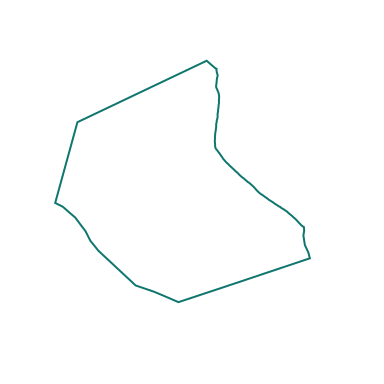 Trois Piton, Castries, Saint Lucia (Albers equal-area conic projection), rotated 133°
{"feature_id": "8701671B60571960824161", "entity_name": "Trois Piton", "entity_type": "district", "adm_level": 2, "iso_a3": "LCA", "parent_name": "Saint Lucia", "parent_adm1": "Castries", "projection": "albers", "projection_center": [-60.974, 13.989], "detail": "fine", "context": "isolated", "style": "outline", "palette": "teal", "viewbox_px": 384, "rotation_deg": 133, "n_neighbors": 0, "source": "geoboundaries", "source_scale": "gbopen_adm2", "svg_char_len": 2439}
<svg xmlns="http://www.w3.org/2000/svg" viewBox="0 0 384 384"><g transform="rotate(133 192 192)"><path d="M160.1,60.6L156.9,65.6L154.7,71.1L153.8,73.3L150.5,77.5L147.7,81.0L145.4,82.5L144.0,83.4L142.0,85.5L141.3,86.3L141.7,87.8L141.7,88.4L141.8,88.9L141.6,91.4L141.6,92.8L141.5,93.9L141.4,94.5L141.3,96.0L141.2,98.0L141.2,98.9L141.3,99.7L141.3,100.8L141.3,101.3L141.3,102.5L141.4,104.7L141.5,105.9L141.6,107.5L141.5,108.9L141.8,110.9L141.9,111.4L142.0,112.5L142.1,113.0L142.3,113.7L142.7,115.5L142.8,117.4L143.2,118.5L143.3,119.0L143.4,119.5L143.5,120.4L143.8,122.0L144.1,123.7L144.2,124.3L144.3,125.6L144.5,126.6L144.9,128.6L145.1,129.7L145.3,130.5L145.3,131.1L145.4,132.4L145.5,133.5L145.6,133.9L145.6,134.3L145.8,135.1L146.0,137.3L146.2,138.7L146.5,140.0L146.6,140.3L146.6,141.3L146.7,142.0L146.7,142.7L146.7,143.9L146.7,144.5L146.7,145.0L146.6,146.2L146.4,147.7L146.2,150.2L146.2,151.6L146.2,153.3L146.3,156.5L146.6,157.9L146.7,158.3L146.6,159.7L146.8,161.4L146.7,163.3L147.0,165.0L147.1,166.4L147.1,167.3L147.1,169.0L147.1,170.0L146.9,171.3L147.0,173.6L147.1,174.4L147.0,176.7L147.0,177.6L147.0,178.0L147.0,179.6L147.0,180.5L147.0,181.7L147.0,183.3L146.8,184.4L147.0,186.1L146.9,187.6L146.7,189.7L146.6,190.4L146.5,191.8L146.2,192.9L146.0,193.7L145.8,194.4L145.4,196.7L145.0,198.1L144.8,199.9L144.5,200.9L144.3,202.6L144.2,203.4L143.9,204.6L143.1,205.9L142.1,206.9L140.4,208.7L139.8,209.5L138.3,210.8L138.0,211.0L137.2,211.7L136.7,212.2L135.8,213.0L134.8,213.7L133.5,214.9L132.3,215.6L131.8,216.0L130.7,216.7L129.6,217.5L129.1,217.9L127.8,218.8L126.2,220.3L125.8,220.7L125.5,220.8L124.3,221.5L122.6,222.8L121.6,223.2L121.3,223.4L119.6,224.5L119.0,225.0L118.7,225.3L117.8,226.2L117.5,226.6L116.6,227.0L114.6,228.5L113.6,229.4L112.2,230.2L111.2,231.1L109.6,232.2L108.4,233.1L107.2,234.2L106.8,234.6L106.2,235.2L104.6,236.4L104.2,236.8L103.8,237.1L103.3,237.7L102.4,238.8L101.5,240.1L100.7,241.7L100.0,243.3L99.7,243.9L99.4,244.7L99.0,245.6L98.0,246.7L97.2,247.3L95.9,248.1L94.7,249.1L93.5,250.0L93.0,250.4L91.8,251.3L91.0,251.7L90.4,252.0L89.5,252.6L89.1,252.8L88.6,253.6L88.2,254.6L85.6,258.0L85.2,258.1L85.6,259.6L85.8,264.4L86.0,270.8L219.1,323.4L293.3,284.6L290.9,276.4L290.6,266.8L290.3,260.0L292.0,250.6L293.3,243.1L294.0,241.2L297.0,233.0L298.2,224.5L298.8,220.4L298.8,195.3L298.8,169.5L290.9,151.9L288.0,144.1L287.9,143.8L282.3,128.2L281.8,126.8L241.4,104.7L160.1,60.6Z" fill="none" stroke="#0f766e" stroke-width="2"/></g></svg>